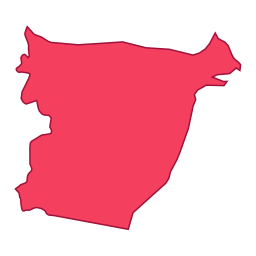 the County of Ida-Viru
{"feature_id": "EST-1655", "entity_name": "Ida-Viru", "entity_type": "County", "adm_level": 1, "iso_a3": "EST", "parent_name": "Estonia", "parent_adm1": "", "projection": "mercator", "projection_center": [27.147, 59.161], "detail": "fine", "context": "isolated", "style": "filled", "palette": "rose", "viewbox_px": 256, "rotation_deg": 0, "n_neighbors": 0, "source": "natural_earth", "source_scale": "10m", "svg_char_len": 1569}
<svg xmlns="http://www.w3.org/2000/svg" viewBox="0 0 256 256"><path d="M215.2,33.0L218.2,38.6L225.0,42.2L228.2,45.7L231.8,54.6L233.2,57.3L235.0,59.4L239.0,62.8L240.6,64.8L239.9,70.5L236.2,68.1L229.6,73.6L217.2,74.7L212.4,77.1L223.4,81.5L227.0,81.4L224.0,85.6L206.2,85.2L197.7,90.0L194.4,94.4L195.7,99.6L193.1,106.0L188.4,128.4L179.6,153.2L177.0,159.5L170.5,171.7L168.8,178.4L166.1,182.7L165.9,183.1L152.4,195.2L133.0,212.7L128.2,229.3L54.2,215.6L53.4,215.5L49.1,215.1L47.9,214.6L46.8,213.8L44.8,210.6L41.0,208.4L37.2,207.6L35.7,207.6L33.7,208.2L29.7,210.1L26.4,210.1L25.0,210.4L24.0,211.0L22.8,210.8L21.9,209.3L21.1,204.8L20.5,198.4L19.6,197.0L19.5,195.5L19.2,194.3L19.2,193.2L15.4,189.0L20.8,184.7L25.5,182.9L26.6,181.8L27.1,180.5L27.2,178.5L27.5,176.3L28.4,173.9L30.6,171.6L31.7,170.1L31.7,168.2L30.0,164.1L29.9,147.4L30.3,143.0L31.4,141.4L41.6,135.1L49.6,133.9L51.0,133.2L51.6,131.7L51.3,130.1L51.0,129.1L49.8,127.0L51.2,118.4L50.3,116.8L48.8,115.3L44.2,115.0L42.1,114.1L39.3,111.0L38.3,108.3L36.7,100.5L26.3,104.0L25.2,103.6L23.2,102.1L21.2,98.7L22.1,91.8L28.5,78.9L29.9,75.1L29.4,73.6L28.1,73.0L21.8,72.0L20.4,72.2L18.9,72.2L17.6,71.7L16.4,70.0L16.2,69.1L16.6,68.2L19.3,66.3L21.7,63.6L20.9,57.6L21.6,56.4L22.5,55.1L23.7,54.5L24.7,54.4L25.8,55.2L28.1,57.7L29.2,56.0L28.5,49.1L28.6,45.6L27.9,42.5L25.5,36.5L25.0,34.8L24.9,33.5L25.5,31.3L26.9,27.3L27.2,26.7L34.2,34.4L41.6,37.1L47.9,41.2L51.0,42.4L78.1,44.8L102.2,43.3L122.6,41.9L146.0,47.8L169.4,49.3L193.1,55.1L199.4,53.0L205.3,49.0L209.8,43.3L215.2,33.0Z" fill="#f43f5e" stroke="#9f1239" stroke-width="1.5"/></svg>